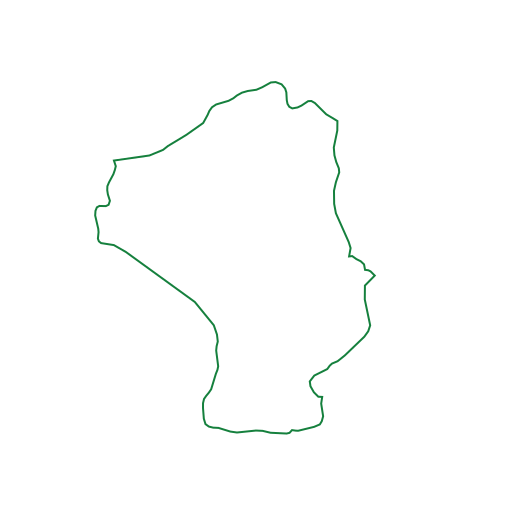 an SVG outline of Covasna, rotated 227°
{"feature_id": "ROU-306", "entity_name": "Covasna", "entity_type": "County", "adm_level": 1, "iso_a3": "ROU", "parent_name": "Romania", "parent_adm1": "", "projection": "equal_earth", "projection_center": [25.978, 45.929], "detail": "fine", "context": "isolated", "style": "outline", "palette": "green", "viewbox_px": 512, "rotation_deg": 227, "n_neighbors": 0, "source": "natural_earth", "source_scale": "10m", "svg_char_len": 1685}
<svg xmlns="http://www.w3.org/2000/svg" viewBox="0 0 512 512"><g transform="rotate(227 256 256)"><path d="M422.7,217.2L402.2,246.6L397.0,260.4L396.5,266.6L392.1,287.6L389.3,308.1L392.2,316.9L393.9,320.8L394.8,325.3L394.0,330.2L388.2,341.8L386.8,347.0L386.4,351.6L385.0,357.2L382.3,362.5L377.3,369.7L375.2,375.6L372.8,385.2L369.8,389.0L364.1,391.8L358.6,391.5L355.0,389.8L349.0,384.8L345.8,382.8L342.4,382.1L339.2,383.2L336.3,387.7L335.0,391.8L333.7,399.7L331.6,402.2L327.7,403.4L311.8,404.0L299.2,407.6L292.3,401.0L282.3,386.9L276.1,382.0L270.0,378.8L263.7,376.4L260.4,373.9L255.5,364.8L250.5,357.5L240.8,348.7L232.8,343.6L202.9,333.3L197.3,330.6L192.2,323.8L190.3,326.3L185.3,327.3L180.7,329.0L176.2,329.3L171.5,326.3L169.0,328.4L166.6,329.3L160.7,329.5L160.1,315.5L150.0,305.9L127.4,292.2L124.4,286.7L123.1,280.2L122.7,253.1L123.4,243.9L125.5,238.2L125.5,235.1L124.7,231.0L128.8,217.1L127.6,209.8L123.6,207.0L116.9,205.4L110.6,205.6L107.8,208.3L103.6,203.0L93.0,195.8L90.3,191.4L89.3,187.8L91.4,182.0L99.4,167.7L101.0,166.1L104.1,163.6L103.8,159.9L105.3,157.3L116.8,146.1L123.6,141.6L128.4,136.9L139.9,121.7L145.1,117.5L155.9,111.3L159.7,107.6L163.4,105.2L167.5,104.4L172.6,106.9L181.0,113.6L184.5,116.9L186.9,120.5L187.7,124.3L188.2,128.2L189.1,132.3L197.2,146.3L199.0,150.1L201.1,153.1L214.0,162.4L216.9,165.7L219.5,169.7L225.2,173.9L234.1,177.9L264.1,179.9L347.6,163.6L360.9,159.5L371.1,151.5L373.9,151.1L376.5,152.2L380.8,157.1L383.5,159.2L395.3,166.0L398.5,169.4L400.1,172.8L399.4,175.6L394.9,180.2L394.0,183.1L396.0,186.8L402.1,189.7L405.6,192.1L408.4,194.9L410.1,198.7L413.1,207.5L415.1,211.3L417.3,214.7L422.7,217.2Z" fill="none" stroke="#15803d" stroke-width="2"/></g></svg>